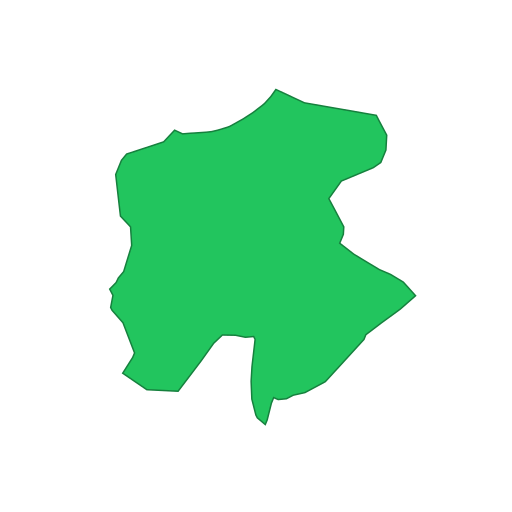 Kesm Tahta, Suhaj, Egypt (Equal Earth projection), rotated 61°
{"feature_id": "37247803B59901173509251", "entity_name": "Kesm Tahta", "entity_type": "district", "adm_level": 2, "iso_a3": "EGY", "parent_name": "Egypt", "parent_adm1": "Suhaj", "projection": "equal_earth", "projection_center": [31.491, 26.766], "detail": "fine", "context": "isolated", "style": "filled", "palette": "green", "viewbox_px": 512, "rotation_deg": 61, "n_neighbors": 0, "source": "geoboundaries", "source_scale": "gbopen_adm2", "svg_char_len": 1256}
<svg xmlns="http://www.w3.org/2000/svg" viewBox="0 0 512 512"><g transform="rotate(61 256 256)"><path d="M293.9,429.4L320.0,416.3L336.5,389.7L321.1,354.8L311.8,335.3L308.8,323.7L315.4,312.3L321.9,304.7L325.3,297.1L328.5,297.2L334.8,301.7L350.6,313.0L363.2,321.0L379.1,329.0L395.0,333.2L398.2,333.3L407.9,329.6L404.8,325.7L392.2,313.9L388.4,309.2L392.3,306.2L395.6,298.6L395.8,290.9L399.2,279.4L399.5,256.3L392.3,234.7L381.3,202.0L378.1,198.1L375.3,178.8L372.4,155.6L368.1,135.7L350.3,139.8L337.4,147.2L327.7,154.7L314.7,162.2L301.8,169.6L285.4,176.6L279.4,169.1L273.1,165.1L253.9,164.7L241.1,164.5L231.8,145.0L235.6,110.5L234.7,101.5L226.3,91.0L213.7,83.1L197.7,82.8L191.3,82.6L191.0,82.9L190.8,83.2L145.5,139.4L120.0,157.9L123.8,165.8L124.7,168.5L126.7,174.4L127.4,177.8L128.0,182.1L129.1,189.2L129.9,201.3L129.9,216.1L129.5,218.7L127.4,228.5L125.7,234.5L123.7,239.3L118.6,250.2L116.8,253.9L113.6,261.0L106.5,266.2L111.4,281.4L107.8,300.4L104.1,319.7L107.1,327.3L116.7,339.2L145.2,351.0L155.4,355.2L169.7,351.6L186.5,359.6L199.3,372.9L205.5,379.3L207.6,384.8L208.5,387.1L211.4,391.2L212.1,393.5L214.0,400.0L221.1,400.2L230.6,408.1L233.8,408.2L249.9,404.7L281.9,409.2L285.0,413.1L293.9,429.4Z" fill="#22c55e" stroke="#15803d" stroke-width="1.5"/></g></svg>